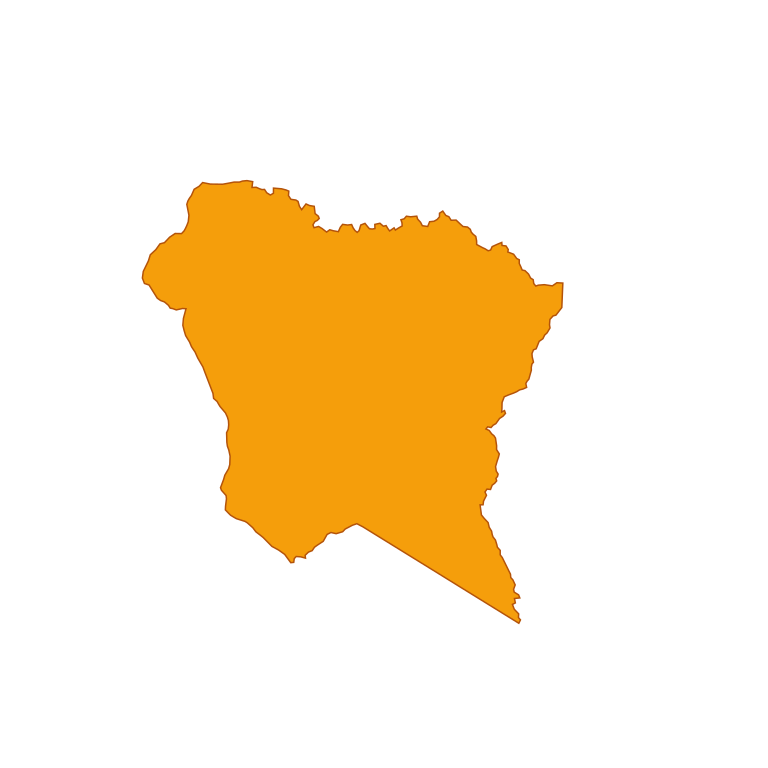 Belém do São Francisco, Pernambuco, Brazil (Albers equal-area conic projection), rotated 51°
{"feature_id": "56859067B50244249389471", "entity_name": "Belém do São Francisco", "entity_type": "district", "adm_level": 2, "iso_a3": "BRA", "parent_name": "Brazil", "parent_adm1": "Pernambuco", "projection": "albers", "projection_center": [-38.984, -8.567], "detail": "fine", "context": "isolated", "style": "filled", "palette": "amber", "viewbox_px": 768, "rotation_deg": 51, "n_neighbors": 0, "source": "geoboundaries", "source_scale": "gbopen_adm2", "svg_char_len": 4118}
<svg xmlns="http://www.w3.org/2000/svg" viewBox="0 0 768 768"><g transform="rotate(51 384 384)"><path d="M654.8,429.8L653.2,426.4L650.1,426.5L647.4,424.0L641.0,424.5L636.1,422.9L636.8,419.7L632.8,417.6L635.7,413.1L632.6,412.1L627.7,413.8L625.1,412.5L622.7,408.5L617.3,407.1L614.2,407.3L611.4,405.4L606.9,404.4L593.3,401.3L589.9,401.2L586.4,398.4L582.2,398.6L579.8,397.4L575.4,395.6L571.4,395.5L569.0,394.6L566.1,393.0L561.5,392.4L557.2,390.3L551.6,390.7L547.1,390.7L538.4,385.4L540.2,383.0L537.7,380.4L536.6,378.0L535.0,374.4L531.5,373.5L530.5,370.1L533.0,367.6L530.7,363.6L530.8,360.4L530.2,357.4L527.8,356.4L527.3,354.0L525.8,352.0L522.4,351.6L518.4,349.3L515.0,344.4L512.9,341.1L510.9,338.4L505.8,337.8L502.8,335.3L496.2,331.4L493.4,331.1L490.5,331.7L486.3,331.5L483.1,333.1L482.5,330.4L485.2,328.2L484.7,325.1L485.2,322.0L483.5,315.9L483.9,311.7L483.3,308.1L480.5,307.1L479.8,310.2L477.3,307.8L472.7,303.9L469.6,298.6L470.9,294.0L472.6,289.0L473.5,285.7L473.9,282.3L475.4,279.1L476.4,275.3L472.9,273.5L471.9,271.2L471.4,268.4L468.6,264.5L466.0,260.8L463.8,259.1L461.6,256.5L461.1,254.1L456.3,251.8L453.5,249.9L451.5,246.3L452.4,243.6L450.4,240.0L448.5,236.6L448.8,232.0L447.1,228.4L446.9,225.1L444.9,219.7L442.1,218.1L438.2,214.4L437.5,209.7L438.7,207.1L437.5,202.0L436.5,197.7L418.1,181.5L414.1,185.9L413.7,191.4L407.7,196.9L404.3,201.9L403.4,204.4L400.2,204.4L396.8,202.4L393.9,203.4L389.6,202.5L384.6,203.1L382.4,204.9L379.0,203.9L375.4,203.0L372.6,200.7L370.0,201.9L364.7,201.6L359.3,204.7L357.7,202.8L353.5,202.3L350.6,205.1L348.1,203.4L346.8,207.7L345.3,213.5L347.0,216.9L346.0,219.2L342.5,220.4L340.1,221.6L333.9,224.2L331.1,222.0L327.1,219.8L323.6,220.5L320.9,220.6L318.1,219.6L314.6,220.3L311.3,223.5L308.1,224.0L302.0,224.8L299.0,228.8L294.8,228.3L291.9,229.9L286.6,229.5L286.2,233.4L289.0,235.7L289.6,239.1L289.0,242.7L286.6,246.4L289.1,250.9L285.1,254.6L281.3,253.8L277.0,254.1L274.2,252.9L270.8,258.1L267.7,261.0L268.3,264.4L267.0,267.5L269.9,268.5L272.6,270.4L271.9,274.6L271.5,278.3L269.0,277.9L268.6,283.3L265.8,283.2L262.2,282.7L261.0,285.2L256.5,286.0L254.2,290.7L257.5,293.2L256.2,295.6L254.2,297.6L251.5,297.7L247.2,297.7L245.8,302.0L249.1,306.8L249.3,309.4L246.4,310.0L243.0,309.7L239.7,308.8L237.6,312.2L233.9,315.7L234.7,319.3L236.9,323.6L233.1,326.9L230.0,329.1L229.8,333.0L224.2,334.3L220.4,335.7L218.5,340.0L215.6,339.1L214.3,335.5L214.9,332.9L214.6,330.2L212.3,329.4L208.2,330.3L202.0,326.4L198.4,329.6L195.0,331.3L196.7,338.3L192.7,337.9L188.0,335.9L185.6,336.7L181.9,340.1L177.5,339.7L174.2,336.6L171.6,338.0L167.9,340.7L162.2,346.6L166.2,349.9L165.6,353.4L161.6,354.8L157.6,354.4L156.1,356.5L154.0,357.8L150.7,359.5L148.2,362.9L144.1,358.7L139.7,362.5L137.2,366.3L136.1,369.3L132.7,373.5L130.6,377.5L127.2,383.7L119.4,393.1L113.3,398.2L114.0,403.3L113.2,409.0L116.3,415.0L117.3,418.6L118.4,421.3L120.3,424.2L130.1,429.4L134.8,434.1L136.8,437.6L138.2,440.5L139.2,443.0L139.7,446.7L135.6,451.6L135.0,458.2L136.0,465.7L134.1,469.9L136.0,476.8L136.5,484.3L140.1,489.7L145.0,500.2L149.6,505.1L155.1,506.9L159.2,504.3L174.6,506.2L178.5,505.1L182.0,503.0L187.2,502.0L190.5,502.4L192.5,500.7L195.7,498.8L198.5,493.1L200.9,490.5L206.8,498.6L211.8,503.4L216.7,505.7L221.6,507.7L229.0,508.7L233.8,510.1L236.6,510.4L240.2,510.7L243.6,511.6L246.7,512.4L251.7,513.2L256.8,514.0L261.8,515.7L267.6,517.6L283.6,522.8L288.0,525.5L292.6,524.7L295.4,525.2L298.4,525.6L306.7,525.4L311.1,526.5L314.5,527.9L318.0,530.4L321.1,533.5L322.8,537.0L330.4,542.8L333.7,544.8L337.7,546.2L343.2,549.0L349.5,554.5L352.0,558.0L354.7,565.1L357.3,568.8L361.7,576.3L364.2,577.2L371.3,576.9L374.1,578.7L379.3,584.1L382.0,586.5L386.9,586.1L389.5,585.8L392.8,584.6L395.7,583.5L403.3,578.5L405.8,577.6L413.2,576.4L418.2,576.6L424.0,575.2L427.3,574.5L439.7,573.3L446.7,570.4L453.9,568.4L464.2,568.9L465.8,566.4L463.2,563.6L462.8,560.8L465.9,557.5L469.9,554.6L467.5,553.1L467.1,548.5L468.3,544.7L467.1,540.7L467.3,537.1L468.0,530.2L465.1,522.9L466.0,518.7L470.2,515.4L472.8,509.1L472.3,505.4L473.9,497.4L475.5,493.0L481.7,490.3L558.0,463.6L590.7,452.2L654.8,429.8Z" fill="#f59e0b" stroke="#b45309" stroke-width="1.5"/></g></svg>